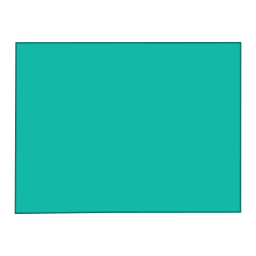 outline of Hardee, Florida, United States of America
{"feature_id": "52423323B36790328551153", "entity_name": "Hardee", "entity_type": "district", "adm_level": 2, "iso_a3": "USA", "parent_name": "United States of America", "parent_adm1": "Florida", "projection": "natural_earth1", "projection_center": [-81.777, 27.492], "detail": "fine", "context": "isolated", "style": "filled", "palette": "teal", "viewbox_px": 256, "rotation_deg": 0, "n_neighbors": 0, "source": "geoboundaries", "source_scale": "gbopen_adm2", "svg_char_len": 200}
<svg xmlns="http://www.w3.org/2000/svg" viewBox="0 0 256 256"><path d="M240.5,212.0L240.6,42.7L16.1,42.9L15.4,213.3L105.5,212.2L240.5,212.0Z" fill="#14b8a6" stroke="#0f766e" stroke-width="1.5"/></svg>